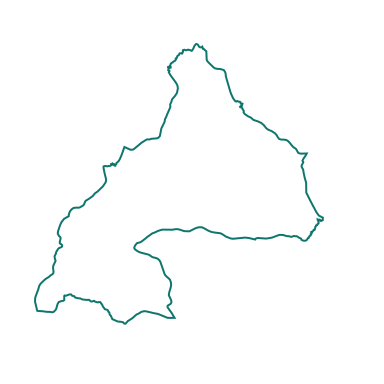 the district of Nong Sung, Mukdahan, Thailand, rotated 281°
{"feature_id": "78962969B14563868158116", "entity_name": "Nong Sung", "entity_type": "district", "adm_level": 2, "iso_a3": "THA", "parent_name": "Thailand", "parent_adm1": "Mukdahan", "projection": "albers", "projection_center": [104.359, 16.434], "detail": "fine", "context": "isolated", "style": "outline", "palette": "teal", "viewbox_px": 384, "rotation_deg": 281, "n_neighbors": 0, "source": "geoboundaries", "source_scale": "gbopen_adm2", "svg_char_len": 5970}
<svg xmlns="http://www.w3.org/2000/svg" viewBox="0 0 384 384"><g transform="rotate(281 192 192)"><path d="M45.9,62.7L45.9,64.2L46.4,67.6L46.7,72.6L47.2,75.2L47.3,78.0L47.8,78.9L49.7,80.3L51.2,81.0L56.2,81.4L58.6,82.2L60.0,84.7L60.8,86.6L61.5,87.2L61.8,87.2L65.5,86.4L66.1,86.7L66.1,88.0L68.1,91.3L68.3,92.0L68.3,93.0L67.3,94.1L67.2,96.4L66.1,97.4L66.0,100.6L66.2,102.6L65.6,105.0L65.8,106.9L65.8,108.2L66.5,111.7L65.4,113.4L65.3,114.2L65.5,114.9L66.5,116.6L66.0,117.4L65.6,119.9L65.8,121.0L66.3,121.9L66.4,122.8L66.0,123.5L65.3,124.0L64.4,125.2L62.2,126.7L61.8,127.4L60.4,128.7L60.1,131.3L59.8,132.0L58.5,132.7L58.1,133.8L55.9,134.6L55.2,135.8L52.0,138.1L50.7,143.8L51.0,146.6L51.0,149.1L50.0,150.4L49.9,151.1L50.0,151.8L50.2,152.0L53.0,153.6L56.5,157.3L61.0,160.8L62.7,163.1L64.7,165.2L65.9,167.8L66.1,170.2L65.8,177.4L65.8,182.0L63.8,192.1L65.1,198.9L69.6,194.9L73.8,190.4L74.7,189.8L75.2,189.7L76.2,190.2L77.9,192.2L79.3,192.8L80.4,192.7L81.8,192.2L85.9,189.2L86.5,188.9L89.1,188.8L93.9,189.3L95.9,189.3L97.5,189.1L98.7,188.7L100.0,188.1L101.6,187.2L102.5,186.0L104.5,182.6L105.5,181.4L106.5,180.6L117.2,174.4L118.4,173.4L119.7,171.6L120.3,169.6L120.5,165.6L122.2,161.7L122.8,152.5L123.5,149.9L124.6,147.4L125.1,146.7L125.6,146.2L126.5,145.9L128.8,146.4L131.3,147.8L132.7,150.7L133.7,151.9L137.8,155.5L138.9,156.3L143.8,160.9L144.9,162.8L147.2,165.9L148.6,168.4L149.5,170.4L151.2,179.8L152.3,182.8L152.7,184.4L152.8,186.0L152.6,188.2L152.1,191.8L152.9,196.9L156.6,201.7L157.6,203.2L158.5,205.0L159.0,206.7L159.2,208.8L158.7,210.8L157.1,215.6L156.5,218.8L156.5,221.2L156.9,227.8L156.4,229.7L154.7,233.8L153.8,238.7L153.9,241.1L157.4,252.9L157.7,257.1L157.4,263.0L158.2,263.2L159.4,265.2L160.4,273.4L161.3,276.2L162.6,279.4L166.5,285.8L166.9,287.6L167.2,290.0L167.0,290.6L166.9,292.7L166.8,294.4L167.1,295.3L166.9,297.7L167.3,299.0L167.9,299.7L168.3,300.5L168.3,302.2L168.6,303.2L167.3,306.6L167.2,307.6L166.9,308.1L165.9,308.7L165.7,309.3L165.5,310.7L165.7,312.2L166.4,313.5L167.3,314.1L168.7,314.4L169.0,315.2L169.4,315.4L170.0,315.3L170.4,315.6L171.4,315.9L171.7,316.5L172.1,316.5L172.4,316.8L173.2,317.0L173.5,316.8L173.7,317.2L174.2,317.1L174.8,317.4L175.0,316.8L175.4,316.6L175.9,317.2L175.9,317.6L176.6,318.2L177.0,318.4L177.9,318.6L177.9,319.1L178.1,319.5L178.6,319.7L178.9,319.5L179.9,319.8L181.4,319.7L181.8,320.1L182.9,320.2L183.4,321.2L184.2,321.2L185.1,322.1L185.4,322.0L185.6,322.2L186.9,321.9L187.2,321.6L187.9,321.8L188.3,321.5L188.3,321.1L188.5,320.7L189.1,320.5L188.8,321.8L189.2,322.4L189.2,322.8L188.8,323.4L188.3,323.7L188.1,324.2L188.7,325.0L189.2,325.2L189.4,325.7L191.8,325.3L193.0,321.2L193.6,320.4L196.0,317.9L205.4,310.3L213.2,304.3L222.8,302.3L227.3,300.0L232.7,297.7L235.1,296.9L237.4,295.0L238.2,294.6L239.3,294.6L242.3,295.6L242.8,295.4L243.3,294.7L243.9,294.5L246.1,295.1L249.7,296.7L251.7,297.3L250.4,291.4L250.5,289.4L250.8,288.7L254.1,285.9L255.6,282.5L259.1,278.3L260.4,276.4L260.9,275.1L261.1,273.6L260.5,269.2L260.7,267.4L262.2,265.7L263.9,264.3L265.5,262.2L267.0,258.5L267.7,254.9L268.3,253.7L268.8,252.7L271.5,249.5L273.0,246.7L273.8,243.7L274.5,238.5L276.3,235.5L277.0,232.6L278.7,228.7L280.1,227.4L281.4,227.4L282.3,226.6L282.7,226.0L283.9,225.4L284.5,224.2L284.6,223.9L284.4,223.4L284.7,222.9L285.1,223.0L285.8,223.5L286.0,224.5L286.6,224.5L287.3,224.1L287.9,224.7L288.3,224.7L288.4,223.8L288.2,223.0L288.6,222.6L289.4,222.4L289.7,221.7L289.5,220.6L290.0,219.0L289.2,218.2L289.3,217.3L290.7,215.6L291.8,214.5L295.3,212.0L297.5,210.6L311.7,203.3L315.1,202.2L316.2,201.5L317.7,200.0L317.9,198.9L318.1,196.3L317.7,192.8L317.8,191.0L318.1,190.1L318.5,189.3L321.5,184.7L323.4,182.0L324.9,181.1L332.9,179.2L333.6,177.7L334.5,176.7L334.6,175.5L336.3,174.6L336.7,174.3L335.7,173.5L335.6,172.1L336.0,171.2L337.4,170.0L337.8,169.5L338.1,168.5L338.1,167.9L337.6,167.4L335.8,166.5L332.8,165.9L330.5,164.8L331.0,162.7L330.9,161.6L331.0,161.0L329.9,159.0L330.2,157.6L329.7,156.2L329.2,156.0L328.1,156.5L327.7,156.4L327.1,155.9L326.1,156.0L325.9,155.6L326.0,154.0L325.7,153.4L324.8,153.1L323.8,152.9L323.1,152.0L322.4,151.6L320.4,151.4L320.0,150.5L319.6,150.5L318.9,150.9L317.7,150.4L316.3,148.7L315.5,148.4L315.0,147.5L313.8,146.6L312.3,146.6L311.9,146.2L311.4,146.2L310.6,147.3L309.9,147.3L309.7,146.7L310.4,145.1L310.4,144.8L310.1,144.6L309.7,144.7L309.5,145.4L309.0,145.6L308.4,145.6L307.5,145.3L307.1,145.4L307.0,146.1L306.6,146.8L305.9,146.8L305.3,146.3L305.0,146.4L302.4,148.7L296.5,155.1L294.3,157.0L292.8,157.8L290.7,158.4L286.3,158.3L283.1,157.0L279.6,155.0L278.7,154.7L276.1,154.5L274.7,154.0L273.3,153.9L271.6,154.5L270.6,154.4L263.9,152.9L260.6,152.3L258.3,151.6L256.1,151.7L254.9,151.5L248.5,149.8L240.8,149.8L238.8,148.6L238.0,147.4L236.5,142.0L235.4,140.1L235.2,138.3L234.8,137.4L230.8,133.1L223.2,126.9L222.3,125.9L221.8,123.7L221.9,122.8L223.3,117.1L214.8,115.8L210.6,114.9L208.1,114.0L205.9,112.3L204.9,112.4L204.3,111.7L203.2,111.7L203.2,111.4L204.3,110.5L204.1,110.3L203.5,110.2L204.0,109.3L203.5,108.5L203.9,108.5L204.7,108.8L204.9,108.4L204.6,108.2L203.9,108.1L203.9,107.3L202.8,107.3L202.4,107.1L201.6,105.9L201.5,104.8L201.0,104.0L201.1,102.4L200.8,101.9L200.6,100.8L200.3,100.4L198.9,100.5L193.8,102.6L188.2,105.2L186.5,105.5L184.8,105.3L180.6,103.5L174.4,99.2L172.3,97.1L169.1,95.3L166.3,92.8L163.1,89.3L161.4,88.7L159.5,88.5L158.3,88.0L155.6,85.0L155.1,84.1L154.4,80.8L154.0,79.5L153.7,78.8L152.7,77.7L150.9,76.5L149.6,75.9L148.3,75.6L146.2,75.4L144.7,75.6L142.8,73.3L141.0,71.4L137.4,69.6L134.0,68.8L128.0,68.0L125.9,68.1L125.3,68.3L123.4,69.9L122.6,71.3L121.9,71.7L121.2,71.9L118.2,71.7L116.9,71.9L116.3,72.2L115.5,74.2L115.1,74.6L114.4,74.8L113.9,74.8L113.3,74.6L113.0,74.3L111.4,72.0L110.6,71.5L108.0,70.4L106.6,70.1L105.2,70.1L103.1,69.4L102.5,69.4L99.9,70.3L98.8,71.1L98.2,71.2L93.2,69.9L90.9,70.1L87.3,71.3L85.7,71.3L84.5,70.6L83.4,69.3L81.2,67.6L78.7,64.9L77.2,63.7L73.1,60.9L71.8,60.3L70.2,59.9L67.4,59.7L59.5,58.4L57.6,58.3L54.3,58.9L45.9,62.7Z" fill="none" stroke="#0f766e" stroke-width="2"/></g></svg>